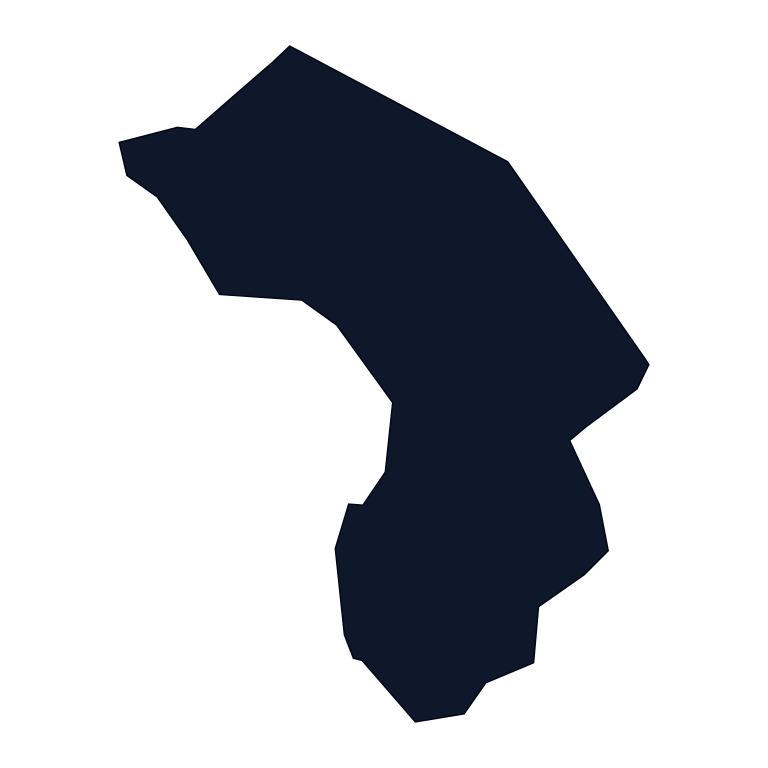 Bristol, Rhode Island, United States of America
{"feature_id": "52423323B87258541323822", "entity_name": "Bristol", "entity_type": "district", "adm_level": 2, "iso_a3": "USA", "parent_name": "United States of America", "parent_adm1": "Rhode Island", "projection": "natural_earth1", "projection_center": [-71.293, 41.707], "detail": "fine", "context": "isolated", "style": "filled", "palette": "ink", "viewbox_px": 768, "rotation_deg": 0, "n_neighbors": 0, "source": "geoboundaries", "source_scale": "gbopen_adm2", "svg_char_len": 702}
<svg xmlns="http://www.w3.org/2000/svg" viewBox="0 0 768 768"><path d="M119.2,142.4L126.9,175.4L145.5,188.6L157.2,196.9L187.4,239.9L219.5,294.4L269.2,297.8L301.7,300.0L336.6,325.0L376.8,380.6L392.7,402.6L385.3,472.1L362.9,505.2L348.7,504.1L335.3,548.6L344.4,634.9L353.4,658.2L362.0,660.4L378.2,679.0L396.8,700.5L415.3,721.9L464.1,713.8L475.0,698.2L485.9,682.7L533.6,662.7L538.5,606.7L584.3,574.6L608.2,550.7L603.8,527.9L599.3,504.6L569.6,440.5L579.2,432.5L586.4,426.5L637.0,388.9L648.8,364.6L645.3,359.2L643.3,356.3L507.7,161.8L419.0,114.7L295.6,49.2L290.2,46.4L289.7,46.1L271.4,63.4L263.5,70.1L232.9,96.7L195.4,129.5L177.3,127.4L119.2,142.4Z" fill="#0f172a" stroke="#020617" stroke-width="1.5"/></svg>